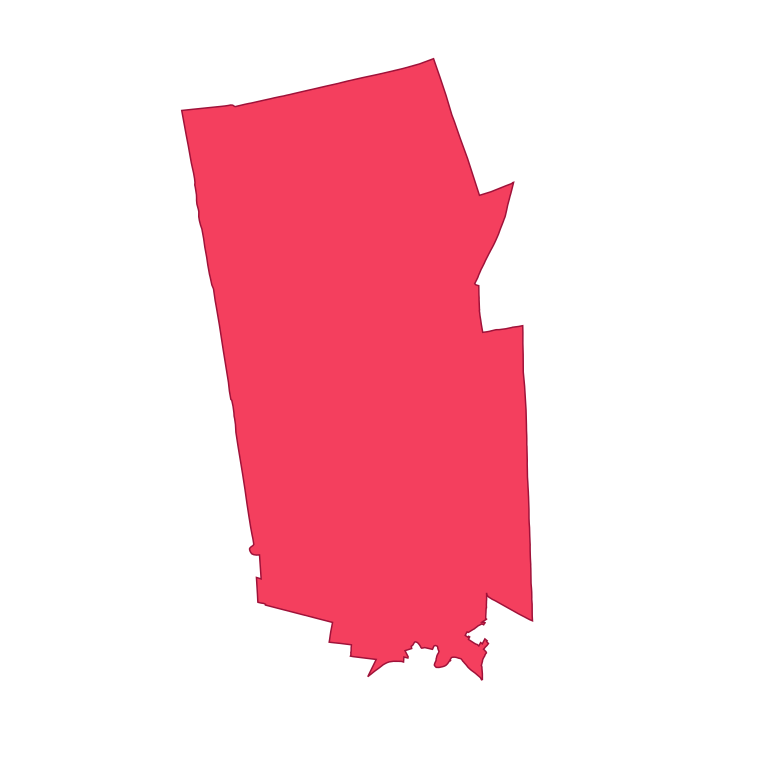 outline of Cuza Voda, Galati, Romania, rotated 258°
{"feature_id": "2599482B54089289556757", "entity_name": "Cuza Voda", "entity_type": "district", "adm_level": 2, "iso_a3": "ROU", "parent_name": "Romania", "parent_adm1": "Galati", "projection": "equal_earth", "projection_center": [27.809, 45.588], "detail": "fine", "context": "isolated", "style": "filled", "palette": "rose", "viewbox_px": 768, "rotation_deg": 258, "n_neighbors": 0, "source": "geoboundaries", "source_scale": "gbopen_adm2", "svg_char_len": 6101}
<svg xmlns="http://www.w3.org/2000/svg" viewBox="0 0 768 768"><g transform="rotate(258 384 384)"><path d="M101.1,307.3L105.1,315.3L107.2,320.0L109.6,324.9L110.2,326.8L110.8,329.0L111.1,331.4L110.8,335.7L109.1,343.2L108.0,345.3L112.8,346.7L111.0,350.4L112.2,350.9L112.5,350.8L118.8,349.1L119.5,356.1L121.3,356.1L121.8,356.1L122.1,357.0L122.8,358.1L124.2,359.3L125.1,360.3L125.3,361.0L124.8,362.0L124.1,363.0L123.1,363.6L122.0,364.2L120.4,364.9L118.5,365.4L118.2,365.6L117.8,365.9L117.7,368.0L117.7,369.1L114.4,376.2L114.6,376.4L114.9,376.7L115.6,377.1L116.4,377.7L117.2,378.3L117.5,379.0L117.5,379.7L117.4,380.2L117.2,380.5L116.8,381.1L116.4,381.6L116.0,381.7L115.6,381.8L115.3,381.8L115.0,381.8L114.7,381.7L114.1,381.7L112.8,381.8L111.1,382.2L109.4,381.2L108.5,380.2L107.4,379.5L106.9,379.1L105.3,378.4L104.2,377.8L103.6,377.7L102.6,377.3L101.1,376.2L100.3,375.6L98.7,374.8L97.8,375.0L96.0,376.1L95.5,378.0L95.3,379.0L95.3,379.9L95.3,382.7L95.5,384.5L95.6,384.9L96.0,386.1L96.2,386.5L97.2,388.0L98.1,389.0L98.6,389.5L99.6,390.6L99.9,391.0L99.5,391.2L99.9,391.7L100.5,391.3L101.2,391.9L102.1,392.8L102.5,393.5L102.5,394.2L102.4,394.5L102.3,395.7L101.7,397.5L101.0,398.9L100.5,399.6L99.8,401.1L99.3,402.0L98.9,402.4L98.7,402.5L97.7,403.0L96.4,403.5L95.7,404.0L94.3,404.7L93.0,405.5L91.5,406.3L89.6,407.2L87.8,408.4L85.9,409.8L84.7,410.9L82.2,413.1L78.9,415.6L77.9,416.4L76.6,417.3L74.4,417.9L74.5,418.8L80.2,420.0L83.3,420.4L85.7,420.7L86.6,420.9L87.7,420.9L88.2,420.6L89.0,421.0L91.2,422.1L92.6,422.8L92.9,422.8L94.2,423.5L95.5,424.5L96.6,425.5L97.1,426.0L97.6,426.3L98.2,426.6L98.4,426.8L98.8,427.2L99.0,427.4L99.7,428.3L101.2,428.0L101.9,427.4L102.8,427.0L103.9,426.2L104.5,427.1L105.6,428.4L106.8,430.3L108.4,432.2L110.8,430.8L111.4,431.5L113.7,429.7L109.4,426.1L111.0,424.8L108.1,422.3L109.1,421.6L109.9,420.9L110.5,419.7L111.9,418.2L114.3,415.8L116.6,413.5L118.8,415.2L119.6,414.3L118.8,413.5L121.2,411.2L123.0,412.6L123.7,413.2L124.2,413.7L124.0,414.1L123.5,414.7L123.7,415.5L124.2,416.9L125.3,419.9L125.7,421.4L125.9,421.8L126.2,422.3L126.3,422.5L127.2,424.4L127.9,425.8L128.1,426.5L128.4,427.7L128.6,428.5L129.0,429.8L128.8,430.0L128.3,430.8L127.8,431.4L128.1,431.6L128.9,432.7L129.5,433.2L129.7,432.9L130.1,432.3L130.3,431.3L130.7,430.3L131.2,431.5L131.6,432.7L132.6,435.3L132.6,436.0L133.0,434.6L136.8,435.5L137.4,435.7L137.9,435.8L139.3,436.2L141.7,436.8L143.7,437.4L143.8,437.7L145.5,438.0L146.7,438.2L148.6,438.7L150.4,439.1L151.6,439.5L153.0,439.8L153.8,440.0L154.9,440.2L156.1,440.5L156.7,440.6L157.2,440.6L158.4,440.9L157.2,440.9L156.4,440.9L156.1,441.0L155.7,441.1L155.2,441.3L154.7,441.5L153.4,442.5L152.6,443.4L151.6,444.4L151.1,444.9L150.0,446.3L149.3,447.2L148.2,448.5L131.4,467.6L123.2,477.5L121.5,480.0L126.6,480.8L137.8,483.1L142.9,483.8L144.5,484.2L148.1,484.9L149.6,485.2L153.7,485.8L157.8,486.3L158.5,486.4L172.8,489.2L175.2,489.6L177.0,490.0L179.0,490.3L181.5,490.7L184.0,491.1L190.6,492.3L195.0,493.2L196.2,493.5L198.7,493.9L200.5,494.2L205.2,495.0L213.3,496.5L217.8,497.1L222.4,497.9L231.1,499.7L240.7,501.4L243.4,501.9L246.0,502.3L248.2,502.7L252.9,503.4L257.2,504.1L263.3,505.0L270.9,506.5L275.8,507.4L279.3,508.2L288.4,509.9L293.1,510.8L294.8,511.0L300.8,512.3L304.0,512.9L308.8,513.7L313.8,514.7L328.4,517.4L328.9,517.5L352.9,521.1L366.7,522.7L383.7,526.2L395.0,528.3L402.9,530.0L405.2,530.5L411.0,531.6L412.2,531.8L412.3,527.4L412.8,521.5L412.7,521.0L412.7,520.1L412.7,519.2L412.7,518.8L412.7,517.8L412.7,514.6L413.2,508.1L413.4,507.0L413.7,505.6L413.8,504.0L413.7,500.7L413.7,500.3L413.6,498.1L413.7,495.0L414.0,491.3L422.3,491.6L426.6,491.9L431.1,492.1L434.0,492.4L436.0,492.5L436.5,492.9L436.8,492.8L437.3,492.9L443.0,493.9L447.1,494.6L448.3,494.9L451.5,495.4L455.6,496.2L459.6,497.0L460.2,497.0L460.5,497.1L460.9,496.2L461.7,494.8L462.0,494.4L462.8,493.9L463.4,493.6L463.7,493.9L464.3,494.4L467.9,497.3L468.7,497.9L470.8,499.2L473.3,501.0L474.7,502.0L475.9,502.8L477.3,504.0L481.3,507.2L483.4,508.7L484.4,509.5L485.4,510.3L488.6,512.9L489.5,513.6L491.0,514.9L491.9,515.6L493.9,517.3L494.8,518.1L497.1,520.0L498.0,520.7L498.5,521.1L499.8,522.1L501.4,523.3L506.7,527.1L511.4,530.0L518.2,534.5L520.2,535.7L522.1,537.0L523.4,537.7L529.0,540.3L532.9,542.0L534.1,542.6L538.8,545.0L541.3,546.2L543.7,547.5L545.7,548.5L547.9,549.6L554.3,552.7L554.2,551.7L553.5,550.6L552.6,544.7L549.8,528.6L548.7,516.6L553.3,516.1L587.2,512.6L608.4,509.6L626.1,507.4L633.2,506.3L653.3,504.7L672.6,502.5L691.9,500.1L690.5,490.6L689.7,485.3L688.6,467.3L688.1,442.7L688.1,426.4L687.9,411.4L687.5,400.1L687.4,389.2L687.1,372.0L687.0,365.4L686.8,355.4L686.7,352.1L686.7,351.9L686.7,351.3L686.7,348.6L686.6,345.5L686.7,342.5L686.7,335.6L686.6,332.3L686.6,329.0L686.5,319.5L686.4,312.4L686.5,310.2L686.5,305.7L686.3,297.7L686.2,296.8L686.4,295.9L686.8,295.3L687.5,294.7L687.9,294.3L688.3,293.7L688.8,291.9L688.8,290.8L688.8,289.7L689.0,286.4L689.4,282.4L692.5,253.6L693.6,243.0L675.8,242.5L668.8,242.3L657.8,242.1L640.2,241.5L630.0,241.6L624.4,241.4L620.4,241.0L618.1,240.3L615.4,240.3L608.1,239.9L605.2,239.4L602.4,238.8L598.8,238.4L593.4,238.7L591.0,238.7L586.2,237.6L582.1,237.4L577.4,237.6L573.5,238.1L563.5,237.8L555.4,237.2L544.6,236.9L537.0,236.4L527.4,236.1L524.5,236.2L518.8,236.2L516.8,236.2L512.5,237.0L500.7,236.2L494.2,236.0L476.7,235.3L450.3,233.8L418.2,232.2L409.1,231.3L400.8,231.0L399.7,231.7L393.5,231.7L386.9,231.2L383.8,230.7L381.1,230.7L375.3,230.3L367.6,229.1L353.7,228.3L325.7,227.0L309.8,226.1L295.6,225.1L281.7,224.3L277.4,224.1L271.9,223.8L264.1,223.6L259.9,223.6L254.2,223.3L253.2,222.2L252.4,220.2L251.6,218.9L250.7,218.2L249.5,218.1L248.0,218.3L246.6,218.8L245.5,219.3L245.0,219.9L244.1,221.2L243.2,223.7L242.7,226.7L218.9,223.3L221.3,219.0L204.6,216.5L200.9,215.9L197.9,215.4L196.7,215.3L195.4,218.0L194.3,220.9L193.1,222.3L192.4,222.1L161.5,284.1L157.4,282.4L153.0,280.5L149.0,279.0L145.4,277.7L142.9,276.7L142.3,278.3L141.3,281.3L139.5,286.9L135.7,297.9L134.6,297.6L132.7,297.0L131.2,296.7L129.6,296.3L128.2,295.7L126.7,295.5L125.8,295.2L124.8,294.6L123.8,297.0L122.8,299.9L116.2,319.1L101.1,307.3Z" fill="#f43f5e" stroke="#9f1239" stroke-width="1.5"/></g></svg>